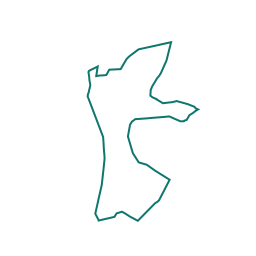 outline of Mawza', Ta`izz, Yemen, rotated 206°
{"feature_id": "15242507B74407573652293", "entity_name": "Mawza'", "entity_type": "district", "adm_level": 2, "iso_a3": "YEM", "parent_name": "Yemen", "parent_adm1": "Ta`izz", "projection": "natural_earth1", "projection_center": [43.597, 13.366], "detail": "fine", "context": "isolated", "style": "outline", "palette": "teal", "viewbox_px": 256, "rotation_deg": 206, "n_neighbors": 0, "source": "geoboundaries", "source_scale": "gbopen_adm2", "svg_char_len": 1682}
<svg xmlns="http://www.w3.org/2000/svg" viewBox="0 0 256 256"><g transform="rotate(206 128 128)"><path d="M178.8,142.1L178.9,141.4L178.7,140.5L178.6,140.2L178.3,139.3L178.2,138.8L172.5,133.5L151.3,113.6L146.4,109.0L143.3,103.6L141.2,99.8L140.1,97.9L139.0,96.0L138.0,94.4L137.9,94.3L135.6,90.2L131.7,79.5L127.0,66.4L126.8,66.0L125.3,59.7L123.4,51.5L122.8,49.1L122.5,48.1L122.4,47.4L121.8,45.0L120.3,38.5L119.8,36.6L114.0,32.3L113.8,32.0L113.4,32.3L112.3,33.2L109.1,35.8L101.2,42.2L101.2,42.3L101.2,42.6L100.8,46.3L96.7,50.1L92.8,49.9L87.2,49.2L86.2,49.2L78.5,48.9L70.8,71.9L68.9,75.2L68.4,76.8L67.9,99.7L84.8,101.5L86.5,101.8L95.0,103.2L103.3,101.8L112.6,107.5L124.3,120.3L124.5,120.9L125.6,124.7L127.1,130.1L127.6,131.7L127.3,135.4L126.4,137.0L125.4,139.1L125.0,139.3L116.0,144.5L115.8,144.6L111.4,147.3L103.4,152.0L97.9,155.3L96.0,156.5L91.5,156.7L90.3,156.7L88.4,156.8L83.8,157.0L81.0,158.4L80.7,158.6L80.5,158.9L80.6,159.3L79.6,160.3L78.9,160.9L78.8,161.0L78.4,166.4L76.3,169.8L74.7,173.1L74.6,173.3L73.2,175.4L75.3,175.3L76.6,175.7L77.6,176.2L81.2,175.9L84.5,175.7L86.1,175.4L88.3,175.0L88.5,174.9L89.9,174.7L90.0,174.7L92.0,174.3L93.3,174.0L96.0,173.6L98.6,171.4L99.1,170.9L102.5,168.8L107.4,165.6L113.2,166.1L114.2,166.2L115.1,166.2L115.2,166.5L119.0,166.3L119.5,166.3L122.1,166.9L124.2,172.0L124.5,175.9L123.6,185.8L122.8,188.7L122.5,192.1L123.0,205.6L126.9,224.0L153.0,203.3L158.0,193.5L158.6,192.0L159.5,189.4L160.4,177.7L170.4,172.2L170.7,166.2L172.2,165.1L177.2,162.3L179.1,160.8L179.3,160.7L182.2,170.0L183.1,168.8L188.1,162.3L188.1,161.0L185.4,157.1L184.4,155.4L183.7,154.2L180.8,150.2L180.6,149.8L178.8,142.1Z" fill="none" stroke="#0f766e" stroke-width="2"/></g></svg>